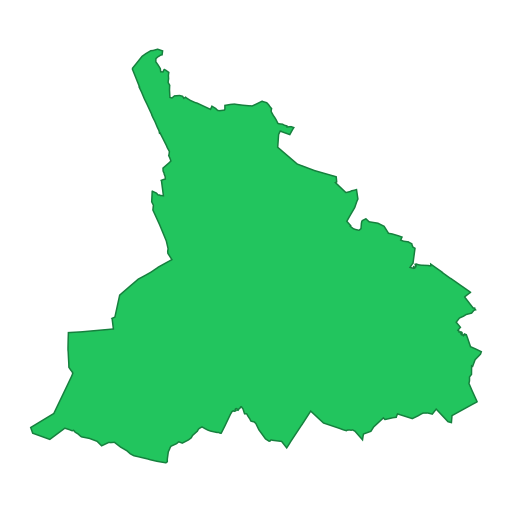 Mālpils pag., Malpils, Latvia
{"feature_id": "27541924B96733922651524", "entity_name": "Mālpils pag.", "entity_type": "district", "adm_level": 2, "iso_a3": "LVA", "parent_name": "Latvia", "parent_adm1": "Malpils", "projection": "mercator", "projection_center": [24.972, 57.014], "detail": "fine", "context": "isolated", "style": "filled", "palette": "green", "viewbox_px": 512, "rotation_deg": 0, "n_neighbors": 0, "source": "geoboundaries", "source_scale": "gbopen_adm2", "svg_char_len": 5900}
<svg xmlns="http://www.w3.org/2000/svg" viewBox="0 0 512 512"><path d="M477.0,401.9L477.1,401.7L471.9,390.3L468.9,383.3L469.2,382.3L469.5,380.8L469.5,378.5L469.5,377.2L469.5,376.9L471.5,374.4L471.6,365.9L472.6,366.4L475.1,359.7L480.5,354.1L481.3,351.7L475.7,349.0L470.5,346.7L467.4,337.6L466.3,334.7L465.2,334.9L464.8,334.8L465.1,334.2L464.9,334.0L464.6,333.9L464.2,334.2L464.2,334.4L463.5,334.8L463.7,335.3L463.4,335.6L463.2,335.0L461.7,334.9L461.3,334.6L461.0,333.7L461.1,333.0L461.1,332.8L461.3,332.7L461.5,332.7L462.1,333.2L462.1,332.8L462.0,332.6L461.9,332.6L461.5,332.1L461.3,332.0L460.9,332.1L460.5,331.9L460.4,332.1L460.5,332.6L460.2,332.6L459.5,331.9L459.0,331.9L458.9,330.9L458.7,330.7L457.9,330.5L457.8,330.4L460.2,327.5L460.4,327.3L456.2,322.2L459.2,318.3L459.5,318.0L463.5,316.2L466.2,314.5L471.6,313.1L474.0,310.2L475.5,309.8L474.8,308.9L474.7,308.1L473.1,308.0L464.7,297.1L464.7,296.8L470.2,292.5L470.4,292.5L470.5,292.3L450.7,278.4L450.3,278.3L450.0,278.1L442.2,272.5L442.3,272.3L430.7,264.1L430.7,265.9L428.8,265.7L428.5,265.5L421.1,265.2L418.6,264.8L416.2,264.0L415.2,264.3L415.3,264.6L415.2,264.8L415.3,265.0L415.6,265.6L415.9,265.1L416.0,265.1L416.1,265.3L416.0,265.8L415.8,266.1L415.9,266.5L415.8,266.8L414.7,267.6L414.0,266.7L413.7,266.6L413.5,266.9L413.4,267.6L413.5,267.8L414.1,268.3L413.7,268.4L410.0,267.4L412.9,263.1L413.0,263.1L415.0,248.3L412.9,247.1L412.0,244.8L411.8,243.8L408.6,242.1L408.5,241.9L403.5,241.2L400.7,240.1L401.6,237.9L402.0,237.1L398.7,235.9L392.0,233.9L388.4,233.3L388.4,233.1L387.3,231.4L384.1,226.3L377.9,223.2L369.1,221.8L365.9,218.8L362.3,220.6L361.8,221.5L361.4,223.4L361.0,228.6L359.9,229.6L359.2,230.2L358.9,230.3L355.2,229.4L353.2,228.6L350.3,226.3L350.7,225.7L346.8,221.3L349.6,216.3L354.7,207.6L356.8,201.5L357.9,199.0L356.5,189.6L354.5,190.2L351.6,190.8L350.3,191.5L346.8,192.4L345.8,192.5L335.4,182.6L336.7,181.9L336.2,176.8L314.6,170.6L297.3,164.1L277.7,147.3L278.6,134.5L280.2,131.1L280.7,131.3L281.0,131.2L281.2,131.5L289.8,134.6L292.6,129.5L293.8,127.6L291.3,126.7L290.0,126.7L287.0,127.0L286.9,125.9L284.5,125.3L282.5,124.2L279.0,123.8L277.9,123.4L276.0,119.6L274.6,117.3L273.3,115.5L271.4,112.0L271.2,111.5L271.2,110.9L271.3,109.7L271.6,108.6L269.8,106.5L268.6,104.7L266.7,102.7L262.3,101.4L262.1,101.2L256.0,104.2L252.1,106.0L250.4,105.8L249.1,105.8L242.6,105.2L237.1,104.5L234.4,104.1L230.7,104.4L224.9,105.4L224.9,109.0L224.5,110.1L219.6,110.7L217.8,110.5L216.3,109.2L215.8,108.5L215.4,108.3L211.9,106.2L210.5,109.4L197.1,103.1L195.6,102.7L195.4,102.7L190.1,100.3L185.9,97.6L185.6,97.2L183.8,98.3L182.6,96.3L180.0,95.6L179.5,95.5L174.5,95.9L171.9,98.0L169.9,97.4L169.5,90.1L169.6,86.7L169.7,85.3L168.1,82.5L168.4,79.8L168.6,79.0L168.4,75.4L168.8,72.4L165.7,70.2L164.3,69.5L163.6,70.3L163.2,71.7L163.0,71.9L160.7,71.8L160.6,70.9L160.3,68.6L158.0,64.9L155.8,61.8L155.9,58.6L157.9,56.8L159.5,55.9L160.4,55.2L162.1,54.8L162.6,50.9L157.6,49.2L153.1,50.5L150.8,50.7L145.9,53.6L142.1,56.3L132.8,67.9L132.6,68.1L132.4,69.1L139.4,86.6L139.1,86.6L139.1,87.0L141.6,92.2L144.4,98.9L147.0,104.2L151.8,114.6L151.7,114.8L153.0,117.7L154.9,121.4L157.3,127.2L159.0,130.7L159.5,133.1L160.0,132.8L163.5,139.7L166.5,145.7L167.3,147.7L169.4,151.5L169.1,154.0L168.8,155.3L168.7,155.5L170.0,158.4L170.9,161.0L169.1,162.8L163.0,168.1L163.1,170.9L163.4,171.8L164.0,172.9L164.2,174.1L165.2,176.7L165.3,179.1L163.5,179.5L161.2,180.4L161.5,181.0L163.2,194.1L163.4,195.8L160.9,195.5L160.5,195.6L159.6,195.0L159.0,195.1L158.4,195.0L157.8,194.7L157.5,194.5L157.5,194.4L157.3,194.1L156.9,193.6L156.4,193.1L152.3,191.2L152.2,191.4L151.7,201.8L153.3,205.0L153.4,205.4L153.3,206.9L153.2,206.9L152.9,210.0L158.1,221.4L159.7,224.9L166.3,240.9L168.1,248.7L167.7,251.3L167.9,253.4L171.9,259.6L158.3,267.1L157.4,267.8L150.6,272.4L143.4,276.4L138.3,279.1L131.5,284.9L119.7,295.1L114.9,317.1L112.0,318.4L112.1,318.5L113.4,329.0L80.9,331.9L68.4,332.6L68.2,338.5L68.0,347.6L68.0,350.0L68.2,351.9L68.5,358.3L68.8,363.7L68.9,367.3L70.7,370.0L72.6,372.3L72.4,372.8L72.8,373.4L71.6,376.3L66.9,386.2L53.8,413.5L30.7,427.5L32.7,433.2L49.8,439.4L64.8,428.2L69.9,429.8L71.7,430.6L72.5,430.7L73.6,430.3L75.2,432.2L78.0,433.9L80.8,436.4L81.7,436.9L89.4,438.4L97.1,441.3L101.6,445.8L108.8,442.4L110.6,442.6L114.4,442.3L120.6,447.1L126.8,450.7L130.3,453.8L133.8,455.7L147.9,459.0L150.1,459.7L157.0,461.3L165.9,462.8L167.3,461.7L167.3,459.1L168.3,451.8L169.6,449.0L170.1,447.6L171.0,446.2L176.6,443.6L178.7,441.8L182.3,443.1L188.5,439.9L191.0,438.0L191.3,437.7L192.5,435.5L197.4,431.1L198.3,429.3L199.3,428.4L202.0,426.9L205.3,428.8L208.1,430.2L210.7,431.1L217.1,432.5L217.8,432.4L218.7,432.5L219.7,433.0L221.0,433.3L221.2,433.2L224.7,426.3L230.5,414.1L232.1,411.5L233.3,410.8L233.6,410.9L233.9,411.2L234.1,411.3L235.0,411.1L235.9,410.7L236.0,410.5L235.9,410.3L235.4,409.9L235.2,409.6L235.5,408.9L236.0,408.6L236.7,408.6L237.2,409.1L237.3,409.9L237.5,410.1L238.0,410.3L238.2,410.1L238.4,409.9L238.7,409.1L239.9,408.2L240.2,407.8L240.7,406.9L241.1,406.7L241.4,406.8L243.0,408.9L244.4,413.3L244.6,413.8L245.0,413.9L245.7,413.7L246.3,413.7L246.8,414.0L248.0,416.2L250.0,419.2L250.7,420.8L251.0,421.1L252.8,421.6L254.5,422.0L254.6,422.3L255.9,423.6L258.9,429.8L265.5,438.9L269.1,441.2L270.1,441.0L271.1,439.9L272.7,440.3L281.6,441.4L286.7,447.9L289.6,443.4L290.4,442.0L300.7,426.4L301.9,424.6L302.0,424.6L303.1,422.8L303.4,422.5L303.4,422.4L310.7,411.1L323.5,423.0L339.0,428.2L343.3,429.8L346.4,430.7L347.2,430.1L348.2,430.1L348.9,429.9L351.0,430.2L351.4,430.2L352.5,429.9L353.3,430.3L354.0,430.7L354.6,430.9L355.5,431.8L362.5,439.8L362.9,437.2L363.1,435.9L363.5,434.0L370.9,431.3L373.7,426.9L383.4,417.9L384.9,419.5L385.0,419.5L393.0,417.7L396.2,417.3L396.2,417.1L397.5,413.9L412.3,418.6L418.1,415.8L420.8,414.2L423.0,413.1L427.8,413.0L432.3,414.1L436.2,409.1L448.0,421.7L451.4,422.6L452.0,415.6L458.5,412.0L472.3,404.4L477.0,401.9Z" fill="#22c55e" stroke="#15803d" stroke-width="1.5"/></svg>